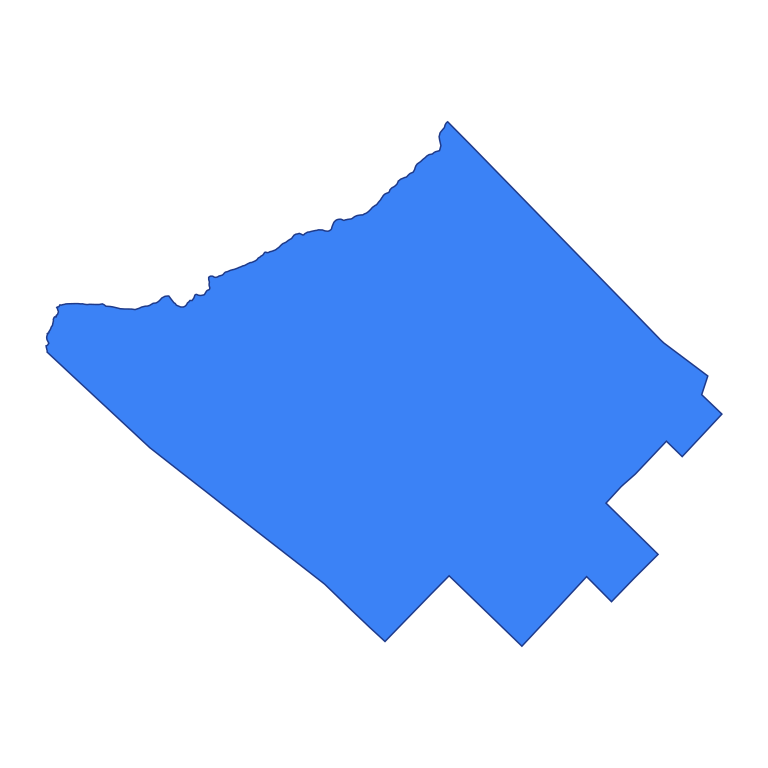 outline of Merlo, Buenos Aires, Argentina
{"feature_id": "61730980B89820972090318", "entity_name": "Merlo", "entity_type": "district", "adm_level": 2, "iso_a3": "ARG", "parent_name": "Argentina", "parent_adm1": "Buenos Aires", "projection": "natural_earth1", "projection_center": [-58.788, -34.707], "detail": "fine", "context": "isolated", "style": "filled", "palette": "blue", "viewbox_px": 768, "rotation_deg": 0, "n_neighbors": 0, "source": "geoboundaries", "source_scale": "gbopen_adm2", "svg_char_len": 5547}
<svg xmlns="http://www.w3.org/2000/svg" viewBox="0 0 768 768"><path d="M707.8,376.0L663.6,342.8L660.0,339.4L658.8,338.1L629.8,308.2L471.6,146.0L447.7,121.8L446.7,122.5L445.9,123.5L445.0,125.2L444.7,126.6L444.3,127.7L442.7,129.5L441.9,130.5L440.9,131.7L440.0,133.0L439.6,134.8L439.4,135.6L439.1,136.6L439.6,139.9L439.9,141.2L440.6,144.3L440.9,145.7L440.4,147.5L440.0,149.1L439.5,150.6L438.7,150.9L435.6,151.7L434.1,152.5L432.6,153.8L431.9,154.1L429.1,154.6L426.8,156.0L425.2,157.6L422.9,159.4L420.6,161.6L417.7,163.6L417.0,164.2L416.6,164.8L415.9,165.8L415.2,167.5L414.7,169.3L414.0,170.7L413.1,172.2L412.0,172.7L410.7,173.2L410.1,173.5L409.1,174.3L407.7,175.7L407.3,176.2L406.4,177.1L404.7,177.5L402.6,178.4L400.6,179.2L399.0,180.6L398.3,181.0L397.8,182.4L396.9,184.2L395.0,186.0L393.4,187.1L392.4,187.5L391.7,188.0L391.1,188.6L390.4,189.3L389.9,189.9L389.7,190.8L389.3,191.6L388.8,192.4L387.4,193.0L386.7,193.2L385.4,193.8L384.7,194.2L384.1,194.7L383.2,195.7L382.7,196.4L382.3,197.2L381.8,197.8L381.3,198.5L380.9,199.3L380.4,200.1L379.9,200.6L379.2,201.4L378.5,202.2L377.7,203.3L377.0,204.2L376.4,204.9L375.5,205.2L374.8,205.7L373.7,206.5L373.1,206.9L372.5,207.3L371.8,208.1L371.3,208.6L370.8,209.3L370.2,209.9L369.5,210.5L368.9,211.2L368.3,211.7L367.6,212.2L366.7,212.9L365.8,213.4L365.2,213.6L364.3,213.9L363.6,214.4L362.9,214.8L362.0,215.0L361.3,214.9L360.5,215.0L359.8,215.1L358.6,215.3L357.9,215.4L356.7,215.7L355.8,216.1L354.9,216.5L354.3,216.9L353.8,217.2L353.2,217.6L352.5,218.3L351.9,218.6L350.8,219.0L349.9,219.1L349.1,219.2L348.4,219.3L347.5,219.4L346.4,219.7L345.7,219.8L345.0,220.0L344.1,220.4L343.4,220.3L342.8,220.0L342.2,219.7L340.9,219.2L340.0,219.2L338.9,219.3L338.1,219.4L337.4,219.6L336.8,219.8L335.9,220.3L335.1,221.0L334.2,221.9L333.7,222.7L332.9,224.6L332.4,225.8L332.1,226.6L331.8,227.6L331.6,228.7L330.9,229.7L330.1,230.3L329.3,230.7L328.5,231.1L327.4,231.2L326.7,231.1L325.6,231.0L324.7,230.8L323.9,230.5L323.3,230.3L322.6,230.0L321.9,229.9L321.0,230.0L320.4,229.9L319.5,229.9L318.8,229.8L317.8,230.0L317.0,230.3L316.4,230.4L315.4,230.5L314.0,230.8L312.1,231.2L310.1,231.7L309.5,232.0L308.8,232.0L307.8,232.1L306.9,232.5L305.9,233.1L304.8,233.7L304.4,234.1L303.8,234.8L302.9,235.0L302.0,234.6L301.1,234.1L300.3,233.8L299.4,233.4L298.5,233.6L297.7,233.9L296.3,234.1L295.5,234.3L294.8,234.8L294.0,235.2L293.3,236.2L292.6,237.0L292.0,238.0L291.2,238.7L290.4,239.2L289.7,239.5L288.8,240.1L288.1,240.5L287.6,241.0L287.0,241.4L285.7,242.4L284.9,242.7L284.1,243.1L282.9,243.6L282.1,244.2L281.3,244.9L280.1,246.1L279.6,246.7L278.6,247.6L278.0,248.0L277.4,248.4L276.9,248.8L276.1,249.5L275.5,249.8L274.6,250.3L273.8,250.5L273.2,250.8L272.3,251.1L271.5,251.4L270.9,251.5L269.9,251.7L269.1,252.2L268.3,252.5L267.6,252.6L266.7,252.6L266.0,252.2L265.1,252.2L264.5,252.6L263.9,253.6L263.2,254.6L262.5,255.3L261.8,255.7L261.2,256.0L260.5,256.5L260.0,257.1L259.2,257.5L258.6,257.8L257.9,258.4L257.5,259.1L256.5,260.1L255.0,261.0L253.9,261.5L253.2,261.8L252.3,262.2L251.6,262.5L250.9,262.5L249.9,262.7L249.0,263.2L248.0,263.6L245.7,264.9L245.0,265.3L243.8,265.7L243.0,265.8L241.1,266.7L240.1,267.1L239.1,267.4L238.5,267.7L237.4,268.2L236.6,268.5L234.7,269.2L234.1,269.4L232.6,269.7L232.0,269.9L230.8,270.2L230.0,270.5L229.1,270.9L227.8,271.5L227.1,271.7L225.5,272.1L224.9,272.5L224.1,273.3L223.3,274.3L222.3,275.1L220.3,275.7L219.0,276.0L217.8,276.8L217.0,277.1L215.8,277.4L214.3,277.2L213.5,276.6L212.6,276.2L210.8,276.1L209.9,276.4L208.7,277.3L208.7,279.5L208.9,280.3L209.4,282.0L209.1,284.1L209.2,285.8L209.5,286.7L209.8,287.7L209.7,288.7L209.4,289.3L208.9,289.8L207.4,290.3L206.5,291.1L205.4,292.9L204.6,294.3L203.9,294.9L203.2,295.0L202.4,295.2L201.3,295.4L200.2,295.5L198.3,295.2L196.6,294.4L195.8,294.5L194.9,295.1L194.5,296.2L194.1,297.5L193.7,298.2L193.1,299.1L192.1,300.5L190.7,300.5L189.9,300.5L188.9,301.8L187.4,303.0L186.9,304.1L186.0,305.4L185.1,306.2L183.4,307.0L180.7,307.0L176.4,305.2L175.2,303.5L173.9,302.7L171.1,299.1L168.8,296.0L167.8,296.0L165.0,296.3L161.8,298.0L160.3,299.7L159.4,300.7L157.5,302.2L155.9,303.0L153.1,303.3L149.6,305.4L147.4,306.1L145.2,306.2L141.5,307.1L139.3,308.2L135.1,309.6L131.8,309.1L127.4,309.0L124.4,309.0L120.0,308.7L119.1,308.4L112.8,306.9L110.3,306.5L108.8,306.4L105.9,306.2L104.2,304.8L102.4,303.9L99.1,304.5L95.5,304.5L89.7,304.3L87.1,304.6L84.7,304.3L82.5,303.8L80.7,303.9L78.0,303.6L75.4,303.6L71.5,303.7L68.0,303.8L66.3,303.9L65.4,304.0L64.7,304.3L63.6,304.5L62.9,304.6L62.2,304.8L61.4,305.1L59.9,304.9L59.3,306.0L58.7,306.8L58.0,306.9L57.3,307.0L56.7,307.5L57.1,308.1L57.6,309.0L57.7,309.9L58.2,310.9L58.4,312.0L58.1,312.7L57.8,313.6L57.5,314.6L56.7,315.0L56.2,315.5L56.4,316.2L56.0,317.0L55.4,316.8L54.8,316.8L54.1,317.4L53.7,318.4L53.3,319.3L53.4,320.5L53.4,321.3L53.1,322.0L53.0,322.9L52.7,323.9L52.6,324.7L52.4,325.6L51.8,326.2L51.3,327.0L51.0,327.7L50.8,328.6L50.3,329.4L49.9,330.3L49.3,331.1L48.9,331.7L48.9,332.5L48.5,333.1L47.7,333.2L47.2,333.8L47.6,334.4L47.2,335.1L46.9,336.1L46.7,337.0L46.7,337.9L46.9,339.3L47.2,340.1L48.8,343.2L48.4,343.8L47.9,344.7L47.3,345.3L46.7,345.7L46.1,345.8L46.2,346.6L46.4,347.8L46.7,348.7L46.8,349.5L47.1,350.3L47.2,351.2L47.1,352.1L72.6,375.9L149.8,447.7L181.3,472.4L210.2,494.9L226.2,507.5L297.8,563.2L324.6,584.1L352.0,610.6L370.0,627.7L385.0,641.5L414.2,611.4L431.4,593.7L449.1,575.8L472.1,598.0L521.9,646.2L547.4,618.9L586.6,576.6L611.5,601.7L633.9,578.5L658.1,554.4L606.0,503.1L621.1,486.7L623.6,484.4L635.4,474.0L666.4,441.2L682.2,456.6L721.9,414.1L701.7,394.7L707.8,376.0Z" fill="#3b82f6" stroke="#1e3a8a" stroke-width="1.5"/></svg>